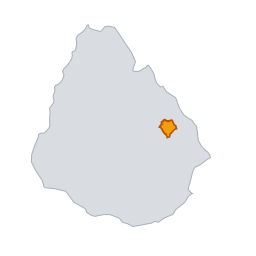 Ramón Trigo, Cerro Largo, Uruguay shown in context, rotated 14°
{"feature_id": "84410073B37357941018969", "entity_name": "Ramón Trigo", "entity_type": "district", "adm_level": 2, "iso_a3": "URY", "parent_name": "Uruguay", "parent_adm1": "Cerro Largo", "projection": "orthographic", "projection_center": [-54.703, -32.291], "detail": "fine", "context": "in_parent", "style": "filled", "palette": "amber", "viewbox_px": 256, "rotation_deg": 14, "n_neighbors": 0, "source": "geoboundaries", "source_scale": "gbopen_adm2", "svg_char_len": 4765}
<svg xmlns="http://www.w3.org/2000/svg" viewBox="0 0 256 256"><g transform="rotate(14 128 128)"><path d="M206.4,176.0L204.8,177.4L203.0,180.1L200.9,186.7L194.0,195.7L192.6,200.9L185.3,206.2L180.1,212.2L176.8,212.0L173.8,214.6L156.5,222.4L150.3,220.9L145.7,221.0L141.4,217.6L131.6,216.4L125.5,217.8L117.4,221.7L114.9,221.7L113.1,221.5L108.6,220.0L106.2,216.7L93.4,213.1L83.0,204.5L71.0,204.6L61.8,206.0L60.3,204.9L59.3,202.7L57.3,199.5L49.1,192.0L42.5,184.4L41.0,176.9L41.6,168.6L43.2,158.8L42.7,155.8L45.0,154.0L47.3,153.5L49.5,150.9L51.3,147.1L51.6,144.1L49.9,138.8L48.5,131.4L47.1,127.7L49.5,121.8L49.5,118.9L48.0,116.4L47.5,113.9L48.1,111.2L47.9,108.6L46.8,106.2L47.5,104.2L49.8,102.5L51.5,100.0L52.6,96.7L53.1,94.1L53.1,92.4L52.3,90.7L50.8,89.2L51.4,86.2L54.1,81.5L55.8,77.3L56.6,73.7L56.4,70.9L55.4,68.7L55.8,67.2L57.5,66.4L58.2,64.0L57.8,58.3L55.9,53.6L57.1,49.8L61.0,45.4L63.0,41.8L63.1,39.1L64.3,37.5L66.3,40.4L72.1,41.0L77.8,41.0L78.7,40.2L80.9,35.4L83.8,34.0L87.0,33.6L90.6,33.8L94.4,36.8L105.2,46.9L113.1,53.8L115.6,57.2L117.6,59.6L119.2,61.9L118.6,68.0L118.8,70.7L119.1,71.4L120.9,71.5L123.5,71.0L125.7,69.7L127.4,67.7L129.1,66.1L130.5,65.3L131.0,64.0L131.8,62.6L132.6,62.3L134.1,63.3L137.8,66.8L140.6,70.0L141.3,71.8L142.4,73.7L143.6,75.4L144.4,77.0L147.1,79.1L149.9,80.4L151.7,79.0L156.4,83.4L166.8,87.1L168.6,89.3L170.4,92.5L174.0,97.3L179.0,101.7L183.0,103.5L186.8,104.6L188.9,105.5L190.4,107.2L192.7,109.0L194.2,109.7L194.7,111.3L196.2,114.8L197.7,119.2L199.4,123.3L203.1,127.3L207.2,130.4L211.5,132.2L214.0,134.4L215.0,136.6L212.0,139.9L208.8,144.0L205.9,147.2L203.0,149.5L202.1,151.1L201.4,153.5L201.3,166.4L201.0,171.2L201.2,172.5L201.6,173.4L203.4,174.7L205.5,175.8L206.4,176.0Z" fill="#d9dde1" stroke="#a8b0b8" stroke-width="1"/><path d="M168.5,127.7L169.6,126.9L170.4,126.6L170.4,126.2L170.5,125.8L170.5,124.8L170.4,124.4L170.2,124.0L170.1,123.6L170.3,123.4L170.5,123.2L171.1,122.7L171.4,122.5L171.4,122.2L171.5,121.9L171.5,121.6L171.8,121.4L172.0,120.9L172.4,120.7L172.5,119.9L172.7,119.5L173.7,118.1L174.3,117.3L174.5,117.1L175.0,117.2L175.4,117.0L175.3,116.8L174.8,116.4L174.8,116.1L174.6,115.9L174.5,115.5L174.2,115.2L174.2,114.8L174.1,114.6L174.0,114.4L173.9,114.3L173.7,114.2L173.6,114.3L173.4,114.3L173.2,114.3L173.0,114.1L172.9,114.0L172.8,113.8L172.7,113.8L172.4,113.8L172.4,113.7L172.2,113.6L172.0,113.4L171.7,113.3L171.6,113.1L171.3,113.0L171.2,112.8L171.1,112.6L170.9,112.3L170.9,112.2L170.7,112.2L170.5,111.9L170.2,111.5L170.2,111.3L170.0,111.2L169.9,110.9L169.8,110.6L169.7,110.4L169.4,110.3L169.2,110.1L169.1,109.9L168.7,109.9L168.2,109.8L167.9,110.0L167.8,110.3L167.7,110.3L167.5,110.5L167.4,110.5L167.4,110.4L167.3,110.5L167.2,110.5L166.8,110.8L166.7,110.9L166.7,111.0L166.4,111.2L166.4,111.4L166.2,111.5L165.9,111.7L165.9,111.4L165.8,111.5L165.7,111.4L165.6,111.5L165.6,111.4L165.2,111.3L164.9,111.3L164.7,111.3L164.4,111.4L164.3,111.5L164.2,111.5L164.3,111.6L164.2,111.6L163.8,111.8L163.7,111.9L163.4,111.7L163.3,111.8L163.1,111.9L162.9,111.7L162.7,111.4L162.7,111.2L162.4,111.0L162.2,111.0L162.1,110.9L161.9,110.9L161.7,111.0L161.4,111.0L161.2,111.1L160.9,111.4L160.8,111.5L161.1,111.6L161.2,111.8L161.1,112.0L160.9,112.1L160.7,112.1L160.7,112.3L160.6,112.5L160.4,112.6L160.5,112.7L160.6,112.8L160.5,113.0L160.5,113.3L160.4,113.3L160.3,113.2L160.1,113.3L160.1,113.2L159.9,113.2L159.7,113.4L159.5,113.5L159.4,113.8L159.4,114.0L159.2,114.0L159.3,114.2L159.3,114.3L159.2,114.4L159.4,114.5L159.5,114.5L159.4,114.8L159.4,115.0L159.3,115.4L159.4,115.5L159.5,115.7L159.8,115.6L159.7,115.7L159.7,115.8L159.8,115.8L159.8,115.7L159.9,115.8L160.0,115.9L159.9,115.9L159.8,116.0L159.7,116.2L159.7,116.3L159.3,116.5L159.2,116.8L159.1,117.0L159.3,117.1L159.2,117.2L159.1,117.3L159.1,117.5L159.2,117.8L159.1,117.7L159.0,117.8L158.8,117.8L158.7,117.9L158.7,118.0L158.6,118.3L158.7,118.5L158.6,118.8L158.4,118.9L158.2,118.9L158.2,119.0L158.3,119.3L158.3,119.5L158.2,119.7L158.4,119.7L158.6,119.6L158.8,119.4L158.9,119.1L158.9,118.9L159.0,118.8L159.1,119.1L159.3,118.9L159.5,118.9L159.5,119.2L159.5,119.4L159.6,119.6L159.8,119.8L160.0,120.0L160.2,120.3L160.3,120.5L160.6,120.7L160.8,120.8L160.9,120.6L161.1,120.6L161.1,120.9L161.4,121.0L161.5,120.9L161.6,121.0L162.1,121.5L162.1,121.8L162.0,122.0L161.9,122.1L162.0,122.3L162.2,122.6L162.4,122.8L162.5,122.9L162.9,122.8L163.0,123.0L163.3,123.0L163.5,123.2L163.6,123.5L163.8,124.0L164.0,123.9L164.2,124.0L164.6,124.1L164.8,124.2L164.9,124.4L165.0,124.5L165.3,124.4L165.5,124.6L165.5,124.8L165.7,124.7L165.8,124.7L166.0,124.6L166.3,124.6L166.4,124.8L166.5,124.9L166.5,125.0L166.6,125.5L166.8,125.7L166.9,125.8L167.0,125.9L167.2,126.0L167.3,126.2L167.5,126.5L167.8,126.6L168.0,126.8L168.1,127.1L168.4,127.3L168.5,127.5L168.5,127.7Z" fill="#f59e0b" stroke="#b45309" stroke-width="1.5"/></g></svg>